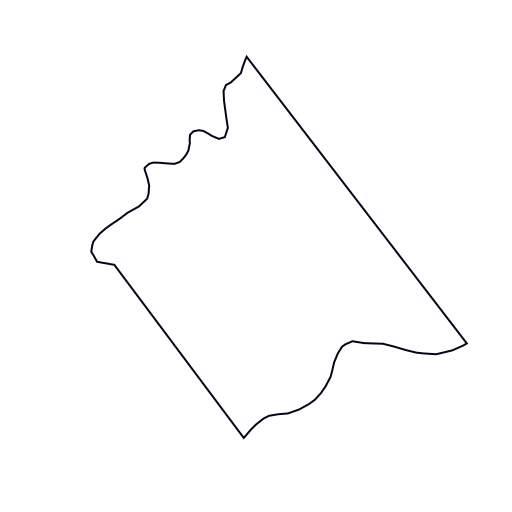 the district of Beyar, Laborie, Saint Lucia, rotated 61°
{"feature_id": "8701671B32276542748639", "entity_name": "Beyar", "entity_type": "district", "adm_level": 2, "iso_a3": "LCA", "parent_name": "Saint Lucia", "parent_adm1": "Laborie", "projection": "albers", "projection_center": [-60.991, 13.774], "detail": "fine", "context": "isolated", "style": "outline", "palette": "ink", "viewbox_px": 512, "rotation_deg": 61, "n_neighbors": 0, "source": "geoboundaries", "source_scale": "gbopen_adm2", "svg_char_len": 1201}
<svg xmlns="http://www.w3.org/2000/svg" viewBox="0 0 512 512"><g transform="rotate(61 256 256)"><path d="M77.2,167.6L79.9,171.0L84.8,176.6L88.7,180.5L92.0,193.9L91.9,199.4L96.0,204.4L104.7,208.7L121.9,215.4L130.3,218.5L136.9,225.6L135.6,231.6L129.7,236.3L125.7,238.5L121.0,241.5L118.4,244.9L116.8,249.5L116.7,250.9L118.1,255.0L122.7,258.0L125.2,259.1L131.1,264.1L133.5,267.9L135.4,272.3L136.8,277.1L135.9,282.6L132.3,288.3L127.8,295.0L124.5,300.6L123.6,304.7L124.6,309.5L125.1,310.8L126.4,311.5L135.4,313.2L142.9,315.4L145.6,317.3L148.9,319.3L153.1,323.4L155.9,334.5L155.9,337.0L155.9,347.4L157.4,357.6L158.2,367.3L159.1,374.5L160.7,382.0L164.5,391.3L168.1,394.7L172.4,398.0L177.0,397.8L180.7,397.8L184.0,397.8L188.1,392.8L189.5,391.0L193.2,386.5L195.0,384.2L409.2,354.9L405.1,343.8L403.3,337.3L401.8,328.0L402.1,322.0L405.2,313.2L409.1,304.6L411.1,293.1L411.2,281.9L410.3,274.2L407.3,265.5L403.7,258.3L397.8,249.3L394.4,246.0L386.9,239.2L380.9,231.7L377.0,224.6L376.6,220.5L377.3,213.0L384.6,203.7L392.1,191.2L394.3,187.5L402.5,178.8L410.6,170.9L418.2,162.7L422.3,156.9L429.3,146.0L433.7,130.1L434.8,117.9L434.7,116.6L434.7,114.0L77.2,167.6Z" fill="none" stroke="#020617" stroke-width="2"/></g></svg>